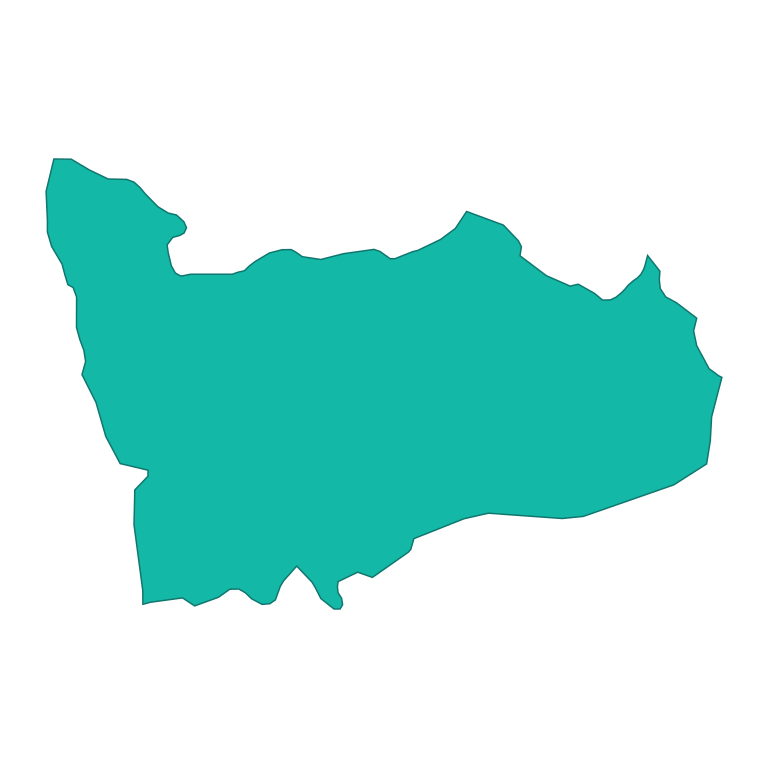 the border of Porto
{"feature_id": "PRT-754", "entity_name": "Porto", "entity_type": "District", "adm_level": 1, "iso_a3": "PRT", "parent_name": "Portugal", "parent_adm1": "", "projection": "mercator", "projection_center": [-8.398, 41.24], "detail": "fine", "context": "isolated", "style": "filled", "palette": "teal", "viewbox_px": 768, "rotation_deg": 0, "n_neighbors": 0, "source": "natural_earth", "source_scale": "10m", "svg_char_len": 1758}
<svg xmlns="http://www.w3.org/2000/svg" viewBox="0 0 768 768"><path d="M142.9,604.3L142.8,590.7L134.0,524.6L134.8,489.9L148.0,476.2L148.0,470.2L120.2,463.6L105.8,436.5L96.0,402.4L82.0,374.6L85.6,361.5L83.9,350.4L79.9,339.7L76.5,327.4L76.6,297.0L73.1,287.5L67.9,284.7L64.8,274.5L62.1,264.2L51.6,246.4L47.4,232.0L47.4,219.9L46.1,191.4L53.9,159.0L71.3,159.2L89.0,169.8L108.1,179.0L126.7,179.4L134.1,182.2L140.5,188.1L144.9,193.5L157.8,206.7L168.1,213.0L176.5,215.0L183.9,221.8L186.5,227.7L184.1,233.0L179.9,235.4L172.7,237.4L167.1,244.9L168.2,252.7L171.3,265.7L175.3,273.0L180.7,276.0L183.4,275.7L190.6,274.2L232.4,274.2L238.0,272.2L244.3,270.8L249.6,265.7L255.5,261.3L269.4,253.0L282.1,249.7L291.3,249.6L297.0,252.9L302.3,256.7L320.8,259.5L343.4,253.7L374.0,249.4L380.1,251.5L390.1,258.7L395.0,258.7L412.5,251.7L417.8,250.4L440.7,239.4L455.4,228.4L466.6,211.5L503.4,225.1L518.4,240.8L521.4,246.7L520.0,255.8L546.4,275.7L570.1,286.1L578.2,284.2L594.2,293.2L602.6,300.1L610.4,299.9L615.9,297.3L621.5,292.7L625.3,288.8L628.2,285.2L633.5,280.6L637.4,278.0L640.9,274.3L643.6,269.5L645.0,265.5L647.6,255.5L659.9,271.2L659.3,280.0L660.3,288.6L665.7,296.9L676.5,302.8L696.7,318.2L693.6,330.9L696.7,345.7L709.1,368.7L718.7,375.8L721.9,377.4L711.6,416.9L710.3,440.8L706.6,463.9L673.9,484.8L583.3,516.4L562.2,518.5L488.2,513.2L463.8,518.8L413.9,538.6L410.8,549.4L408.3,552.2L372.4,577.4L357.6,572.2L338.1,581.6L337.4,586.8L338.1,592.8L341.6,598.3L342.6,604.7L340.1,609.0L334.0,609.0L320.8,598.5L315.3,587.6L311.9,582.0L296.7,566.1L283.6,580.8L280.3,586.3L275.4,599.9L269.8,603.7L262.2,604.4L251.6,598.8L245.4,592.8L238.8,589.0L229.8,589.2L218.4,597.3L194.7,605.9L182.5,597.9L150.1,602.3L143.0,604.3L142.9,604.3Z" fill="#14b8a6" stroke="#0f766e" stroke-width="1.5"/></svg>